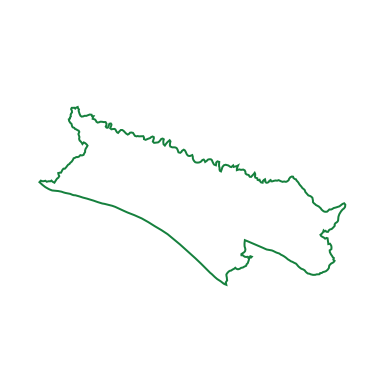 the district of Alto Paraguai, Mato Grosso, Brazil, rotated 75°
{"feature_id": "56859067B7364247848985", "entity_name": "Alto Paraguai", "entity_type": "district", "adm_level": 2, "iso_a3": "BRA", "parent_name": "Brazil", "parent_adm1": "Mato Grosso", "projection": "albers", "projection_center": [-56.682, -14.768], "detail": "fine", "context": "isolated", "style": "outline", "palette": "green", "viewbox_px": 384, "rotation_deg": 75, "n_neighbors": 0, "source": "geoboundaries", "source_scale": "gbopen_adm2", "svg_char_len": 6017}
<svg xmlns="http://www.w3.org/2000/svg" viewBox="0 0 384 384"><g transform="rotate(75 192 192)"><path d="M270.3,153.8L269.0,154.9L268.8,156.4L268.2,157.8L267.4,158.5L266.4,159.1L265.9,160.6L264.8,160.4L264.1,158.5L263.7,157.2L262.8,156.0L261.3,155.3L260.1,155.2L258.3,155.3L256.8,155.0L255.0,154.5L252.2,153.4L254.0,151.0L264.3,137.9L266.2,135.6L266.9,134.7L268.2,131.9L269.1,130.0L270.0,128.8L272.3,126.2L274.1,123.5L275.5,122.4L276.7,121.0L277.9,119.8L279.7,118.3L282.0,116.7L283.1,115.6L284.5,114.4L285.5,113.0L286.5,112.0L288.1,110.1L289.2,109.5L291.2,108.6L292.5,107.8L294.4,106.3L295.6,104.6L296.9,103.4L298.0,103.0L299.3,102.3L300.7,101.2L301.4,99.6L302.2,98.7L303.3,96.7L303.9,94.4L303.8,92.8L304.2,91.3L304.4,90.1L303.5,89.2L303.8,87.7L303.2,86.0L303.3,84.6L303.1,83.0L302.2,81.1L301.0,79.6L300.0,79.1L298.5,78.4L297.2,76.3L296.5,73.5L295.4,72.1L293.9,73.0L292.5,72.1L291.4,72.9L289.8,73.3L288.3,73.9L285.8,74.4L284.0,74.1L283.3,72.2L282.0,71.7L280.3,71.4L279.2,71.6L277.7,72.1L277.6,73.8L276.5,73.6L273.0,73.2L271.8,73.0L271.2,73.9L271.5,75.5L270.2,76.4L268.9,77.8L268.0,78.6L266.6,79.0L265.9,77.4L264.7,75.8L263.2,74.8L264.4,74.1L264.1,73.0L265.2,72.4L265.7,71.0L264.3,69.5L263.9,68.4L263.9,66.7L262.7,64.5L261.6,62.9L260.2,62.6L259.2,61.5L258.7,59.9L258.1,58.9L257.2,58.2L253.9,57.0L252.8,56.3L251.4,55.3L249.3,53.1L247.9,51.1L247.2,49.4L246.0,48.0L243.9,47.2L242.3,47.9L242.5,49.7L244.0,53.3L244.2,56.9L244.2,59.5L244.7,60.7L244.9,62.3L244.4,63.8L245.9,66.4L245.8,67.7L245.2,69.3L243.9,70.5L242.3,71.5L241.2,71.8L238.8,73.3L236.6,75.7L235.4,76.4L234.4,77.2L233.0,77.8L231.7,77.4L228.8,77.2L227.5,77.9L226.4,79.0L225.4,80.5L221.3,82.5L219.4,82.6L218.3,83.2L216.7,84.4L215.0,85.0L213.7,85.7L212.0,86.4L210.7,86.7L209.3,87.3L207.9,88.1L206.8,88.2L206.1,89.3L204.7,90.4L203.4,90.4L202.9,91.5L203.2,93.2L204.4,94.8L205.5,95.5L206.1,96.7L206.5,98.0L206.3,99.2L205.7,100.2L205.6,101.9L204.5,103.5L203.0,105.2L203.1,106.9L202.5,108.3L202.4,109.9L202.5,111.5L202.2,112.7L200.8,113.0L201.2,114.3L202.2,115.4L202.5,116.5L202.3,117.8L200.9,118.6L199.8,118.2L198.6,118.2L199.0,119.5L199.8,120.7L201.3,121.4L200.6,122.8L199.3,123.4L197.7,123.6L197.9,124.6L197.3,125.5L195.6,125.4L194.5,127.1L193.2,127.2L192.2,126.6L190.8,126.3L189.7,126.5L190.7,127.8L192.7,131.0L192.2,132.3L190.2,132.9L189.2,134.7L188.0,135.5L186.3,135.2L184.7,135.5L183.6,136.7L183.3,138.9L182.4,140.5L182.5,143.0L181.3,142.7L179.9,141.9L178.3,140.7L178.6,141.9L178.5,145.3L177.0,145.4L178.1,147.6L177.5,148.6L175.8,150.0L174.4,152.4L174.4,154.2L175.5,155.9L176.9,156.9L177.9,157.5L179.6,158.7L178.7,159.6L177.3,159.6L175.7,159.1L174.3,159.2L172.5,158.8L170.0,157.9L169.0,159.5L169.8,161.0L171.0,161.3L172.4,162.0L171.3,163.5L170.3,163.9L167.8,164.4L166.5,164.5L165.3,165.3L164.8,167.1L164.9,168.4L165.7,169.6L166.4,171.5L164.8,171.8L163.7,172.3L163.8,173.7L164.8,175.1L165.2,176.4L165.3,177.5L165.1,178.9L164.6,180.3L164.0,181.2L162.7,181.9L161.5,182.3L159.9,182.5L158.0,182.1L156.4,182.2L156.7,184.7L156.1,186.2L155.1,186.9L154.1,187.3L151.5,187.7L150.0,188.1L149.0,189.0L149.6,190.9L150.5,191.8L151.1,193.2L150.2,194.8L147.3,195.0L145.8,195.4L144.8,196.3L144.2,197.7L143.7,199.6L142.4,201.2L141.0,201.3L139.0,200.5L137.5,199.7L136.2,200.2L137.6,203.0L138.9,204.8L140.1,206.2L138.6,207.1L136.8,206.9L135.3,206.5L133.8,205.6L132.8,206.5L132.8,207.9L133.8,209.2L134.8,210.6L135.3,212.0L134.7,215.9L133.2,216.8L130.4,215.0L129.1,214.7L128.2,215.7L128.4,217.2L129.1,218.7L129.2,220.5L129.6,223.3L128.5,224.7L126.8,224.3L125.5,224.6L124.5,228.9L123.9,229.9L123.9,231.2L123.0,232.6L119.6,233.7L118.8,235.3L118.7,236.6L119.5,237.7L119.9,239.2L118.5,240.5L115.2,242.3L114.1,243.3L113.7,244.7L114.5,246.2L115.8,248.1L114.9,249.0L113.3,249.5L111.8,249.8L111.0,250.5L110.7,252.1L110.6,253.6L109.3,254.5L106.8,252.7L105.8,252.3L104.8,252.7L104.7,254.1L107.4,256.0L108.1,256.8L107.7,257.9L106.5,258.4L105.3,257.4L103.9,256.9L102.1,257.4L101.6,259.3L100.9,260.7L100.4,262.3L100.6,263.8L100.5,265.2L99.5,266.1L98.0,266.4L96.7,267.1L95.6,269.0L94.2,268.4L93.3,267.5L92.9,268.9L91.4,269.0L90.7,270.7L91.1,274.4L90.6,276.0L90.8,277.5L90.6,279.1L89.5,280.0L87.4,280.4L84.2,280.5L83.0,279.8L81.7,280.4L80.3,280.4L80.5,282.0L81.2,283.2L80.2,283.8L79.6,286.4L80.6,287.3L82.3,287.0L84.0,287.3L84.9,288.4L86.1,289.3L87.7,289.5L88.4,290.6L89.5,290.9L89.9,292.2L91.5,292.3L93.6,291.7L94.9,290.8L97.5,290.8L98.6,290.5L99.6,289.1L100.9,288.6L101.6,287.5L102.7,286.6L103.4,285.6L104.8,285.3L106.6,286.7L109.7,286.5L111.5,287.3L113.2,287.2L114.5,286.4L116.1,285.7L117.3,285.4L116.1,283.7L117.3,282.4L119.1,281.3L120.2,280.9L121.5,282.2L122.8,283.6L124.2,284.5L125.7,284.9L126.7,286.0L128.1,287.2L128.2,288.9L127.5,290.3L128.5,291.9L128.7,293.3L128.3,294.7L128.7,296.2L128.8,297.6L130.1,298.7L131.5,300.3L132.4,302.2L133.2,303.1L133.6,304.6L134.4,305.7L135.6,307.2L136.6,308.9L136.2,310.1L137.0,311.3L139.4,313.5L139.1,314.8L139.1,316.3L140.7,316.4L142.3,316.1L143.6,317.4L144.1,318.8L144.9,319.8L147.4,322.5L145.9,324.1L144.6,324.8L145.0,326.0L144.5,327.7L144.5,329.7L143.2,330.7L143.2,332.5L142.8,333.9L141.9,335.1L143.0,336.8L146.4,334.6L149.3,332.4L151.4,330.3L152.6,329.0L154.3,326.7L155.1,324.6L156.4,321.1L157.9,318.0L159.2,316.1L160.2,314.4L162.3,310.1L163.8,308.2L164.5,307.0L165.0,305.5L167.0,302.1L169.1,298.9L171.2,295.2L175.0,289.1L177.2,285.9L179.9,281.6L180.8,279.6L184.7,272.6L186.5,270.0L192.5,262.8L195.1,259.6L199.5,253.6L204.5,247.4L209.9,241.9L215.5,236.7L220.9,231.4L226.4,226.5L239.5,217.2L256.9,205.9L263.6,201.8L274.7,195.4L276.5,194.1L280.0,192.0L282.6,190.2L285.8,187.3L287.4,186.1L288.5,185.3L289.4,184.4L290.5,182.9L288.1,182.8L286.4,180.9L285.2,180.8L283.6,180.5L281.8,180.4L280.5,180.1L279.3,178.7L278.3,177.1L277.9,175.7L278.0,174.5L277.4,172.9L277.1,171.3L276.4,169.8L277.4,169.2L278.3,168.2L278.6,167.1L278.5,165.7L278.0,164.2L278.1,162.4L277.6,160.6L277.3,158.8L276.0,158.0L275.2,156.6L272.7,154.9L271.7,154.3L270.3,153.8ZM270.3,153.8L270.6,151.9L270.0,151.0L269.1,152.3L270.3,153.8Z" fill="none" stroke="#15803d" stroke-width="2"/></g></svg>